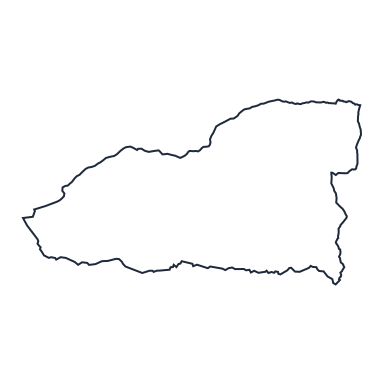 Santo Domingo Xagacía, Oaxaca, Mexico (orthographic projection)
{"feature_id": "50627088B84578791163006", "entity_name": "Santo Domingo Xagacía", "entity_type": "district", "adm_level": 2, "iso_a3": "MEX", "parent_name": "Mexico", "parent_adm1": "Oaxaca", "projection": "orthographic", "projection_center": [-96.28, 17.127], "detail": "fine", "context": "isolated", "style": "outline", "palette": "slate", "viewbox_px": 384, "rotation_deg": 0, "n_neighbors": 0, "source": "geoboundaries", "source_scale": "gbopen_adm2", "svg_char_len": 4081}
<svg xmlns="http://www.w3.org/2000/svg" viewBox="0 0 384 384"><path d="M334.2,103.3L332.9,103.4L330.5,103.1L329.0,103.2L327.5,102.5L326.1,102.8L324.6,102.1L323.5,101.8L322.6,102.0L320.8,102.5L315.8,102.3L314.4,101.6L312.5,101.4L310.7,101.4L309.5,102.1L308.4,102.6L306.5,102.4L304.4,103.0L302.3,103.4L300.7,104.1L299.3,104.0L297.2,103.4L296.0,104.0L294.1,103.6L291.9,102.5L290.0,102.9L288.3,102.4L287.0,101.8L285.8,101.4L284.7,101.7L283.5,101.5L282.4,101.4L279.5,99.9L277.7,99.7L275.1,100.4L272.5,100.9L270.2,101.4L268.7,101.7L265.9,102.8L263.7,103.6L261.0,103.8L258.0,105.4L255.1,106.3L252.1,106.9L249.7,108.4L247.1,108.8L244.6,109.3L242.7,110.5L239.2,113.4L237.6,115.9L233.8,118.5L230.5,118.7L225.3,121.5L219.9,124.2L216.2,126.5L214.8,129.6L213.5,132.5L211.4,135.9L210.0,139.3L210.5,142.4L209.9,144.7L208.7,146.3L206.4,146.7L203.4,146.9L201.9,148.0L200.0,150.2L198.2,151.4L196.2,151.0L193.1,151.2L189.7,150.9L188.4,151.7L187.0,153.8L185.2,155.4L182.5,156.9L180.2,157.9L174.9,155.6L172.6,155.2L167.4,153.8L163.8,154.3L162.4,154.3L159.6,151.2L158.6,150.4L155.2,150.8L148.7,151.9L144.6,150.7L141.6,148.7L138.1,148.8L137.1,150.0L133.3,147.9L130.4,146.6L128.0,146.9L125.7,147.3L123.3,148.6L120.3,151.0L117.0,154.2L114.1,156.0L109.6,156.9L105.9,158.0L103.0,160.4L100.3,162.4L98.0,163.5L97.5,163.9L96.7,164.5L94.8,165.9L91.5,167.0L88.4,167.5L85.6,168.9L82.0,172.3L79.7,174.7L76.6,176.3L74.7,178.3L71.9,182.0L70.1,183.4L67.8,185.6L65.4,185.9L62.6,187.4L62.3,190.8L64.4,193.5L63.9,196.3L61.5,198.8L59.7,200.3L57.0,201.7L45.3,206.1L34.2,209.5L34.9,211.1L32.8,216.8L23.0,218.0L27.1,225.5L37.6,239.3L38.3,241.2L37.8,243.0L37.5,243.6L38.9,245.5L40.6,247.3L40.0,249.3L41.9,251.9L44.0,255.4L48.9,257.9L51.2,257.2L55.2,258.0L56.2,259.6L60.6,257.2L65.8,257.9L74.8,262.0L78.1,264.8L82.1,262.3L87.2,262.9L89.1,264.9L95.5,264.1L101.9,261.2L108.0,260.9L116.1,258.8L119.1,259.1L122.2,262.1L122.7,263.5L125.4,266.5L142.3,273.0L149.6,270.7L152.7,270.8L153.6,271.9L156.8,270.7L159.6,270.6L169.6,269.7L170.6,267.2L172.9,267.1L173.7,264.8L176.4,267.1L178.6,263.9L180.4,263.6L181.7,261.2L192.4,263.8L193.2,266.2L197.0,264.7L207.8,268.2L210.2,266.5L222.3,268.6L225.3,270.1L228.6,268.2L232.1,267.5L235.1,269.1L243.8,269.0L246.1,270.3L249.4,269.8L250.9,272.5L254.2,270.8L258.4,272.8L265.3,271.8L266.6,270.7L268.4,273.0L271.5,272.0L274.2,272.8L275.3,271.4L278.0,271.9L278.4,273.8L280.4,274.4L287.4,270.3L289.3,268.0L291.2,267.8L295.0,271.6L299.7,271.8L308.9,267.9L310.7,265.9L312.7,266.9L316.4,267.2L317.2,269.1L319.1,271.0L323.6,271.4L327.6,276.5L332.3,279.1L333.3,283.1L335.7,284.4L339.9,280.0L339.0,279.3L339.6,277.6L340.8,276.6L341.2,274.9L340.4,272.7L342.2,270.9L342.7,269.6L344.3,267.2L343.3,265.3L343.2,264.4L340.8,262.4L339.9,258.0L339.0,256.8L340.4,253.7L340.4,251.2L340.2,249.5L338.9,248.9L338.6,247.2L337.1,244.4L336.6,244.2L335.8,242.2L337.5,238.7L338.2,238.2L338.0,236.4L338.6,233.5L338.7,230.5L338.5,228.8L340.2,226.3L340.5,225.1L343.1,222.2L346.6,217.7L346.7,216.7L346.8,216.2L345.6,214.2L344.2,211.1L342.4,208.6L340.0,206.5L336.2,202.6L336.6,198.2L336.1,194.8L335.9,193.4L334.3,191.0L333.6,188.0L331.3,183.4L331.7,177.4L331.3,172.7L332.2,172.7L332.8,173.0L335.8,175.0L338.3,173.0L346.2,173.3L347.7,173.0L349.1,171.4L352.1,169.3L353.9,169.5L355.4,169.3L356.2,168.2L356.5,166.3L357.5,163.7L357.4,153.8L357.1,152.4L357.2,150.6L356.0,147.6L356.9,144.7L358.8,140.1L359.8,138.3L360.0,137.2L361.0,134.8L360.9,133.3L360.7,129.6L359.9,127.4L358.9,123.3L358.2,122.0L357.9,121.5L357.9,119.7L358.0,118.0L358.1,115.8L358.5,113.9L358.3,112.5L358.8,110.2L359.1,109.0L360.2,105.2L359.1,105.1L358.3,105.0L357.5,104.5L356.8,104.4L355.6,104.4L355.2,104.6L354.5,103.7L354.0,103.4L353.7,103.3L353.2,103.3L352.7,103.1L352.4,102.7L352.0,102.3L351.2,101.7L350.9,101.6L350.2,101.5L349.7,101.3L349.1,101.1L348.7,101.2L347.1,101.7L346.9,102.0L346.3,102.2L345.7,102.0L344.9,101.6L343.4,101.5L342.9,100.9L342.2,100.7L341.1,100.9L340.9,100.7L339.3,100.4L339.2,99.8L338.9,99.6L338.5,99.6L337.9,100.0L336.9,101.2L336.4,101.9L336.2,102.7L335.7,103.7L334.8,103.5L334.2,103.3Z" fill="none" stroke="#1e293b" stroke-width="2"/></svg>